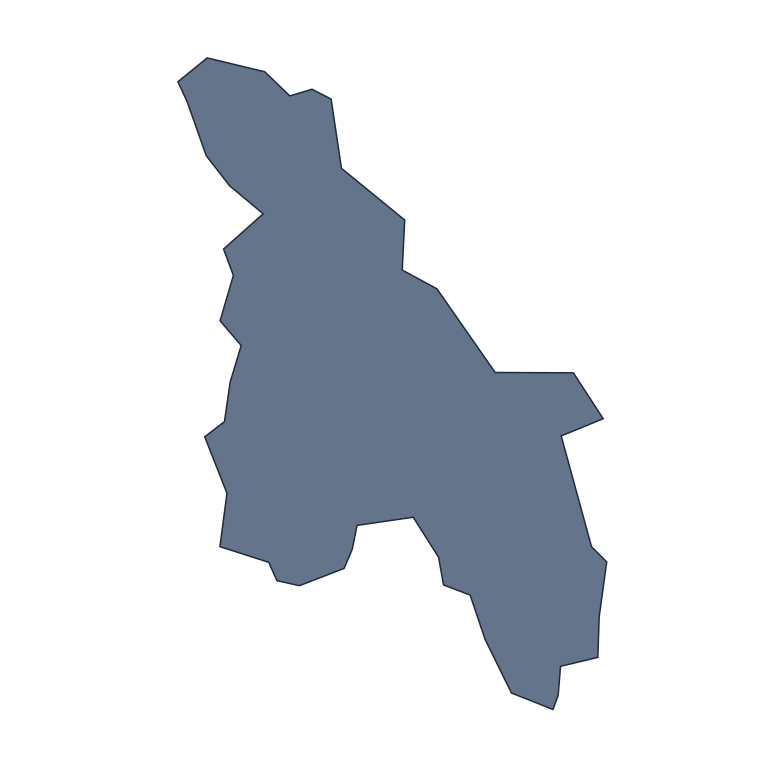 Përmet, Gjirokastër, Albania (Equal Earth projection), rotated 195°
{"feature_id": "67620474B23103740146981", "entity_name": "Përmet", "entity_type": "district", "adm_level": 2, "iso_a3": "ALB", "parent_name": "Albania", "parent_adm1": "Gjirokastër", "projection": "equal_earth", "projection_center": [20.353, 40.273], "detail": "fine", "context": "isolated", "style": "filled", "palette": "slate", "viewbox_px": 768, "rotation_deg": 195, "n_neighbors": 0, "source": "geoboundaries", "source_scale": "gbopen_adm2", "svg_char_len": 735}
<svg xmlns="http://www.w3.org/2000/svg" viewBox="0 0 768 768"><g transform="rotate(195 384 384)"><path d="M135.2,128.5L140.4,157.0L106.7,175.3L115.9,214.9L122.8,269.8L141.4,280.5L199.4,379.7L163.3,407.2L204.0,443.8L279.6,423.9L357.5,489.6L395.9,498.8L406.4,547.7L480.9,581.3L508.8,645.5L529.8,650.1L549.6,637.9L579.9,654.7L639.2,653.2L661.3,622.6L647.3,605.8L614.7,558.4L584.4,535.5L544.8,517.1L573.9,472.8L557.6,449.9L558.7,402.6L531.9,384.2L533.1,346.1L528.4,306.4L543.5,286.6L507.4,237.8L500.4,184.4L449.2,181.9L436.5,166.3L413.5,167.3L374.8,195.6L371.9,216.1L373.4,240.5L321.3,262.9L286.4,230.7L274.5,205.3L246.2,202.4L220.2,163.4L180.9,118.5L136.5,113.3L135.2,128.5Z" fill="#64748b" stroke="#1e293b" stroke-width="1.5"/></g></svg>